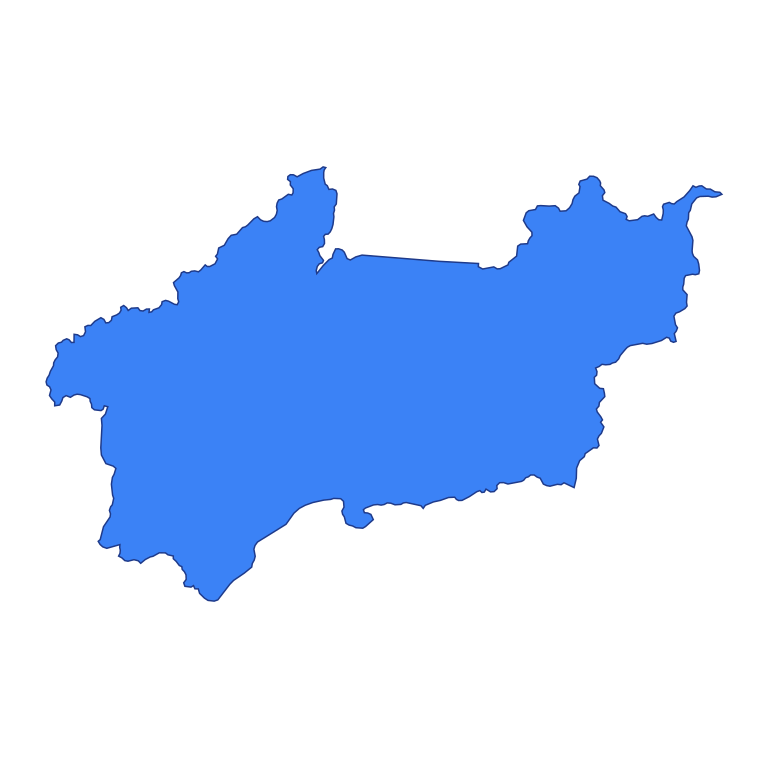 Governador Valadares, Minas Gerais, Brazil (orthographic projection)
{"feature_id": "56859067B87611191748041", "entity_name": "Governador Valadares", "entity_type": "district", "adm_level": 2, "iso_a3": "BRA", "parent_name": "Brazil", "parent_adm1": "Minas Gerais", "projection": "orthographic", "projection_center": [-41.948, -18.795], "detail": "fine", "context": "isolated", "style": "filled", "palette": "blue", "viewbox_px": 768, "rotation_deg": 0, "n_neighbors": 0, "source": "geoboundaries", "source_scale": "gbopen_adm2", "svg_char_len": 6083}
<svg xmlns="http://www.w3.org/2000/svg" viewBox="0 0 768 768"><path d="M153.0,556.3L159.3,552.8L165.5,552.9L167.9,554.8L173.3,556.0L173.3,558.7L176.2,561.4L179.3,565.5L181.8,566.6L182.2,569.4L184.4,571.7L186.0,574.8L186.2,579.4L183.7,582.8L184.9,586.3L191.0,587.1L193.5,585.6L194.9,588.8L198.3,588.9L199.6,593.4L204.4,598.1L208.0,600.4L214.2,601.1L217.8,599.9L229.8,584.3L233.6,580.4L244.3,573.1L251.7,567.1L252.3,563.5L254.2,560.1L255.2,556.3L253.9,549.2L255.0,545.5L257.5,542.0L286.0,524.3L293.9,513.2L299.3,508.4L305.3,505.2L312.9,502.5L323.8,500.1L330.7,499.4L333.7,498.4L340.7,498.7L343.5,501.3L344.0,507.2L341.9,511.0L342.6,514.3L344.3,516.8L346.0,523.3L349.1,525.1L352.5,525.9L355.9,527.7L362.8,528.2L365.6,526.5L373.3,519.6L370.9,514.4L367.7,513.0L364.4,512.7L363.4,509.7L365.5,508.0L373.6,504.9L377.6,504.5L381.1,505.1L384.2,504.5L387.2,502.9L390.8,503.2L395.0,504.8L400.9,504.4L403.4,502.9L406.3,502.5L420.9,505.7L423.2,508.4L425.3,505.3L433.5,501.9L440.4,500.4L448.5,497.5L454.7,497.2L456.4,499.4L458.6,500.5L462.0,500.4L469.4,496.6L476.8,491.7L479.9,490.6L481.9,492.5L484.3,492.1L486.0,489.1L490.6,491.9L494.1,491.6L497.1,488.7L496.8,485.5L499.6,482.7L503.6,482.6L507.9,484.0L521.5,481.4L523.7,480.2L525.7,477.7L528.4,476.8L530.6,475.0L534.2,475.0L537.1,477.1L540.2,478.2L543.4,484.1L546.7,485.6L550.0,486.2L557.4,484.3L561.1,484.7L564.0,482.8L574.1,487.6L576.3,478.3L576.6,468.1L579.7,460.6L584.3,456.7L585.2,453.6L593.4,447.8L597.0,448.0L599.0,445.5L597.4,439.0L599.0,435.9L601.4,433.3L603.9,426.9L600.6,422.2L602.5,419.9L600.9,416.9L597.2,411.9L596.4,409.0L598.9,406.1L599.4,402.4L604.8,396.6L604.4,393.2L603.4,388.7L599.7,388.3L594.7,383.7L594.3,377.3L596.6,375.2L597.0,371.6L595.6,368.0L599.1,366.5L602.0,364.3L605.6,364.8L610.0,364.4L612.4,363.0L615.6,362.2L618.7,358.9L620.2,355.5L625.5,349.2L627.3,347.3L630.3,345.6L642.7,343.3L646.7,344.2L652.0,343.5L661.5,340.5L666.6,337.3L669.3,338.1L670.7,341.1L673.5,342.3L676.1,341.4L674.3,333.6L676.3,331.0L677.5,327.8L675.5,324.7L673.9,316.2L675.9,313.1L679.5,311.8L684.9,308.6L687.1,306.0L686.5,302.3L687.1,294.6L682.8,289.8L682.8,286.9L683.7,284.2L684.2,278.2L685.6,275.6L692.6,274.2L695.3,274.7L698.8,273.8L699.5,270.4L698.7,264.0L697.5,259.9L693.7,256.4L692.4,253.3L692.1,250.8L692.9,240.4L692.0,236.7L686.3,225.9L687.0,222.2L688.4,219.0L688.7,212.7L690.3,210.3L691.8,203.9L696.6,197.9L699.8,196.5L708.3,196.2L712.1,197.1L716.0,196.8L721.9,194.3L719.9,192.3L714.9,191.8L710.3,189.1L706.4,189.0L701.8,185.8L699.2,186.0L695.9,187.3L693.0,185.8L689.7,190.6L684.0,197.0L676.8,201.6L674.2,204.0L671.5,203.6L669.3,202.4L663.6,204.2L662.5,206.7L663.3,209.9L663.2,213.5L661.7,220.0L658.8,219.8L656.2,217.5L653.7,214.0L647.8,216.3L644.6,215.8L642.0,216.3L637.6,219.7L629.2,220.8L626.2,219.4L627.1,216.5L625.5,213.7L620.0,211.7L616.0,207.1L612.7,206.0L609.2,203.4L603.0,200.2L602.4,195.7L604.8,192.6L604.0,189.9L600.3,185.7L600.6,183.0L599.6,180.7L597.0,177.7L593.6,176.3L589.7,176.2L587.0,179.1L580.2,181.0L578.8,184.4L580.0,186.6L579.0,192.9L574.8,196.2L573.0,199.6L572.1,203.6L569.6,207.7L566.1,210.8L560.1,211.2L558.5,208.1L555.2,205.7L549.2,206.1L540.7,205.6L537.4,205.9L535.5,209.5L528.8,210.7L526.2,212.8L523.4,220.4L527.0,226.8L531.9,232.2L532.0,235.7L529.9,238.0L528.3,240.8L527.6,243.7L520.7,244.1L517.7,246.1L516.6,256.1L508.8,262.3L508.0,264.9L500.2,268.7L497.2,268.9L493.8,266.9L482.7,269.0L478.3,266.7L478.5,263.5L438.8,261.3L362.0,255.1L355.8,256.9L350.3,260.0L347.1,258.6L344.3,252.2L342.2,250.0L338.6,248.8L335.6,248.9L333.0,254.4L332.3,258.0L329.1,259.6L323.2,265.6L316.8,273.6L316.2,270.7L317.3,266.4L319.3,263.8L322.5,262.8L323.5,260.4L319.8,255.6L318.8,252.5L317.2,249.7L319.3,247.3L322.7,246.6L324.5,243.5L324.4,239.6L323.6,236.4L325.3,234.3L328.1,234.1L330.2,231.9L331.8,228.7L333.0,224.5L333.9,216.8L333.5,213.4L334.5,210.2L334.2,206.9L336.3,204.0L337.0,193.8L335.9,190.4L332.5,189.0L328.9,189.4L327.3,185.7L325.2,184.1L323.7,178.1L323.7,172.5L324.2,169.9L325.8,167.6L323.1,166.9L320.1,169.1L311.5,170.4L303.2,173.5L297.1,176.8L293.5,174.8L290.3,174.7L287.9,176.5L287.6,179.4L290.4,181.6L290.3,185.0L293.2,188.7L293.1,192.8L291.8,195.0L288.3,194.3L281.8,199.0L278.7,200.0L277.1,203.2L276.5,206.7L277.2,210.4L276.4,214.2L274.6,217.5L270.3,220.8L267.2,221.6L263.7,221.3L260.5,219.8L257.5,216.7L253.9,218.8L247.7,225.1L245.4,226.8L242.5,227.6L236.7,234.2L231.2,235.3L228.1,238.7L224.3,245.3L218.7,248.0L217.4,254.1L215.6,256.3L217.6,258.9L215.0,263.8L209.8,266.5L207.2,266.5L205.2,264.9L200.8,270.0L198.5,271.8L194.7,270.9L191.3,271.3L189.2,272.7L186.7,272.9L183.9,271.6L181.4,272.8L180.6,275.6L179.0,277.9L173.5,282.6L174.4,285.7L177.9,292.0L177.8,298.7L178.7,301.8L177.2,304.7L174.5,304.3L168.6,301.2L165.6,300.4L162.1,301.7L161.6,304.6L159.0,307.8L153.4,309.8L151.7,311.8L149.0,312.4L149.4,309.0L146.4,309.1L143.1,311.0L140.0,310.6L137.9,307.8L131.3,308.2L128.2,310.5L126.5,307.7L123.7,305.5L120.7,307.3L121.1,310.2L119.5,313.0L116.7,314.9L112.1,316.7L111.4,320.3L108.8,322.6L105.8,322.9L103.9,319.4L100.9,317.7L94.8,321.3L90.8,325.5L87.9,325.4L84.9,326.8L85.5,331.8L83.6,335.6L80.5,336.6L77.6,334.8L74.1,334.3L74.0,342.4L71.4,342.5L69.1,339.8L66.7,338.8L63.2,340.3L61.5,342.2L58.3,343.0L55.6,345.7L56.2,349.7L58.1,353.0L57.6,356.9L55.2,359.8L53.7,362.8L53.5,365.7L50.4,371.3L49.1,375.2L47.2,378.1L46.1,381.8L46.9,385.0L49.6,386.8L51.0,389.9L49.5,395.5L51.7,398.8L54.7,402.0L54.7,405.8L59.7,405.0L61.8,401.0L62.9,397.6L66.1,395.6L70.4,397.3L74.1,395.0L77.1,394.2L80.4,394.6L87.1,396.8L89.9,398.5L90.2,401.4L91.5,404.1L91.8,407.6L94.4,409.8L101.0,410.6L103.1,409.2L104.3,405.8L107.8,406.7L105.4,414.1L101.4,418.4L102.0,425.4L100.8,447.9L101.4,455.0L105.9,463.6L113.2,466.1L115.9,468.4L114.1,474.3L112.4,477.4L111.4,484.2L112.6,495.1L113.7,498.3L112.3,504.8L110.7,506.7L109.4,510.3L110.5,513.8L110.1,516.9L103.5,526.7L100.2,539.6L98.2,541.3L100.1,544.5L102.8,546.9L106.8,548.3L119.9,544.6L119.7,547.4L120.3,550.3L120.0,553.4L118.6,556.1L121.8,557.8L124.8,560.6L128.0,561.2L134.0,559.7L138.3,560.8L140.7,563.3L145.3,559.5L150.3,556.9L153.0,556.3Z" fill="#3b82f6" stroke="#1e3a8a" stroke-width="1.5"/></svg>